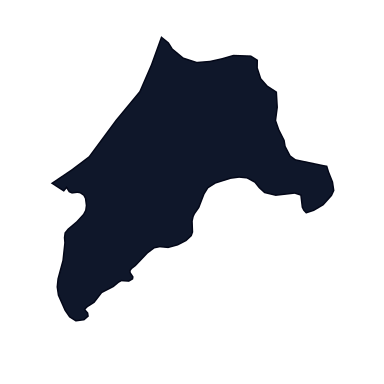 the border of Vlasenica, rotated 100°
{"feature_id": "BIH-4805", "entity_name": "Vlasenica", "entity_type": "state/province", "adm_level": 1, "iso_a3": "BIH", "parent_name": "Bosnia and Herzegovina", "parent_adm1": "", "projection": "robinson", "projection_center": [19.204, 44.258], "detail": "fine", "context": "isolated", "style": "filled", "palette": "ink", "viewbox_px": 384, "rotation_deg": 100, "n_neighbors": 0, "source": "natural_earth", "source_scale": "10m", "svg_char_len": 1411}
<svg xmlns="http://www.w3.org/2000/svg" viewBox="0 0 384 384"><g transform="rotate(100 192 192)"><path d="M192.6,75.9L190.5,78.7L187.8,80.7L176.1,84.2L175.2,90.7L180.6,109.0L179.9,120.4L176.0,126.5L171.4,131.7L168.5,140.3L169.1,148.2L171.7,156.5L179.1,170.7L185.1,177.2L191.8,179.9L206.1,182.7L212.9,185.9L215.9,186.7L220.6,186.9L231.3,184.6L235.1,185.2L240.8,189.5L246.5,197.0L250.7,205.9L251.4,214.3L253.5,219.6L259.7,225.4L274.3,235.1L277.8,238.3L280.2,239.5L282.2,239.0L285.9,235.5L287.9,235.5L290.7,238.8L291.5,246.2L293.6,248.8L298.7,253.1L304.7,261.0L306.7,263.6L317.6,269.3L323.0,275.2L326.1,277.4L327.3,276.3L329.3,273.8L332.3,272.8L336.5,276.2L339.0,284.0L336.2,290.8L330.5,296.4L316.8,305.6L308.9,308.2L300.8,308.8L281.8,307.1L264.1,308.3L259.1,309.6L254.3,309.8L250.0,307.4L241.4,300.2L232.9,294.8L228.5,293.4L223.6,293.6L216.8,295.7L213.9,297.9L212.1,301.9L212.1,304.8L213.7,310.0L213.0,312.9L209.2,316.3L213.1,318.5L207.7,331.3L191.4,314.4L175.2,299.3L134.6,279.1L102.2,260.7L73.8,253.9L45.0,248.9L49.3,241.2L53.8,237.1L54.6,236.5L61.7,224.0L63.7,209.8L60.3,196.8L55.6,185.5L50.4,174.9L48.0,157.7L50.9,150.6L58.5,149.4L68.5,144.1L74.7,136.4L79.0,126.3L93.8,122.8L107.1,122.2L115.7,117.4L125.2,110.3L130.9,108.3L139.5,101.7L142.4,95.8L143.3,67.4L143.3,63.8L148.6,61.1L157.8,55.4L165.9,52.7L171.2,54.1L181.8,60.7L188.9,69.0L192.6,75.9Z" fill="#0f172a" stroke="#020617" stroke-width="1.5"/></g></svg>